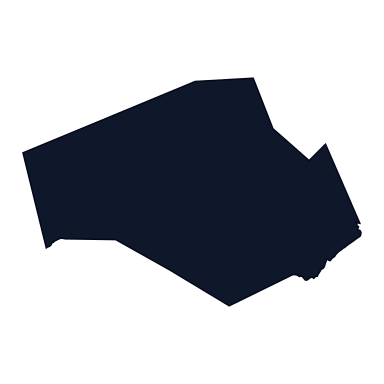 the district of Kajo-keji, Central Equatoria, South Sudan
{"feature_id": "79223893B65724383376583", "entity_name": "Kajo-keji", "entity_type": "district", "adm_level": 2, "iso_a3": "SSD", "parent_name": "South Sudan", "parent_adm1": "Central Equatoria", "projection": "orthographic", "projection_center": [31.637, 3.892], "detail": "fine", "context": "isolated", "style": "filled", "palette": "ink", "viewbox_px": 384, "rotation_deg": 0, "n_neighbors": 0, "source": "geoboundaries", "source_scale": "gbopen_adm2", "svg_char_len": 1173}
<svg xmlns="http://www.w3.org/2000/svg" viewBox="0 0 384 384"><path d="M77.2,130.4L23.0,152.8L46.3,247.9L47.3,247.1L49.4,246.4L51.0,245.0L52.1,242.6L53.5,242.2L54.8,240.9L60.0,238.4L62.0,238.2L65.1,238.8L115.7,239.6L169.0,269.5L229.2,305.8L293.0,274.5L293.3,274.6L296.4,274.8L297.9,275.5L299.2,276.4L300.8,276.3L301.8,276.0L303.3,277.6L304.3,278.9L305.3,280.0L306.2,280.2L307.7,279.7L308.6,279.0L309.0,278.3L310.0,278.0L311.1,277.2L312.3,277.2L313.1,277.8L313.8,278.3L315.0,277.0L316.0,276.2L317.3,276.2L318.0,274.5L320.4,270.8L320.8,269.6L323.0,268.4L323.7,267.7L324.6,265.9L325.1,263.8L326.3,260.6L326.3,259.5L327.5,259.5L328.2,259.9L329.4,260.5L330.3,260.6L331.4,259.0L332.9,257.6L334.6,256.5L335.3,255.1L336.9,253.3L338.7,251.5L340.6,250.2L342.1,249.2L342.9,248.3L344.7,247.4L346.5,245.8L349.2,243.8L350.8,242.8L353.3,241.0L356.5,238.6L358.5,237.3L360.4,235.8L360.9,233.7L361.0,232.3L360.2,230.8L359.4,230.3L358.2,230.0L357.7,229.1L358.1,227.8L358.5,226.8L358.0,226.4L357.1,226.4L357.1,225.5L356.8,224.3L356.6,223.3L356.2,222.6L359.8,223.3L325.5,144.2L309.1,160.6L272.9,128.7L253.2,78.2L195.1,81.5L77.2,130.4Z" fill="#0f172a" stroke="#020617" stroke-width="1.5"/></svg>